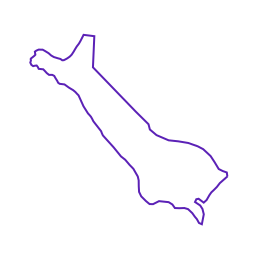 outline of Kuala Penyu, Sabah, Malaysia, rotated 276°
{"feature_id": "92858781B3182463940033", "entity_name": "Kuala Penyu", "entity_type": "district", "adm_level": 2, "iso_a3": "MYS", "parent_name": "Malaysia", "parent_adm1": "Sabah", "projection": "albers", "projection_center": [115.505, 5.445], "detail": "fine", "context": "isolated", "style": "outline", "palette": "violet", "viewbox_px": 256, "rotation_deg": 276, "n_neighbors": 0, "source": "geoboundaries", "source_scale": "gbopen_adm2", "svg_char_len": 1524}
<svg xmlns="http://www.w3.org/2000/svg" viewBox="0 0 256 256"><g transform="rotate(276 128 128)"><path d="M216.0,74.1L209.5,71.6L206.8,70.4L203.7,68.5L201.0,67.2L198.3,66.0L195.0,64.3L192.9,62.6L190.9,60.3L189.7,58.6L188.7,57.0L188.5,55.5L189.6,53.6L190.0,51.0L190.4,49.0L190.8,46.9L192.1,44.0L194.1,41.2L196.1,37.0L197.0,34.9L196.6,30.9L195.4,28.8L194.2,27.4L191.2,28.2L190.1,27.4L188.1,25.4L187.3,24.5L186.4,24.0L185.0,24.4L182.8,24.0L180.7,25.3L179.6,27.2L180.2,28.8L180.6,30.6L179.3,31.9L177.5,33.0L177.5,35.9L177.5,37.6L175.9,39.5L174.1,41.5L172.6,43.9L172.9,47.2L172.1,49.2L169.7,50.9L167.6,52.6L165.7,53.8L164.8,55.4L164.7,60.3L162.0,65.0L161.1,66.9L159.9,69.5L158.3,71.9L156.7,73.7L155.3,75.4L144.9,81.5L138.3,86.7L137.0,88.2L135.4,89.9L133.5,91.3L131.0,92.9L122.0,101.6L120.0,102.6L118.0,103.8L116.1,105.9L107.3,115.7L99.0,124.0L96.1,128.6L91.5,133.4L88.0,137.6L80.8,142.8L77.0,144.1L71.1,144.8L65.6,145.7L61.4,148.3L57.2,153.5L54.6,157.4L54.9,160.9L58.5,166.5L58.5,171.0L58.5,176.2L56.6,180.1L53.3,183.0L53.6,187.5L54.3,192.4L53.6,196.2L50.1,200.8L46.8,203.7L44.6,206.0L41.0,208.5L40.0,211.5L50.1,212.4L55.3,210.5L58.5,207.9L61.4,202.4L64.3,203.4L65.0,205.6L61.7,211.1L64.6,213.7L69.8,216.0L72.7,217.6L75.0,219.6L78.6,222.5L82.8,225.1L90.3,232.0L90.2,231.9L94.1,230.9L95.1,226.7L96.7,222.5L103.2,217.6L108.7,213.1L114.8,205.0L117.1,199.2L119.4,189.5L120.0,179.4L120.0,169.7L123.9,157.1L128.8,149.9L133.9,148.0L145.1,134.0L184.7,86.8L215.8,84.9L216.0,74.1Z" fill="none" stroke="#5b21b6" stroke-width="2"/></g></svg>